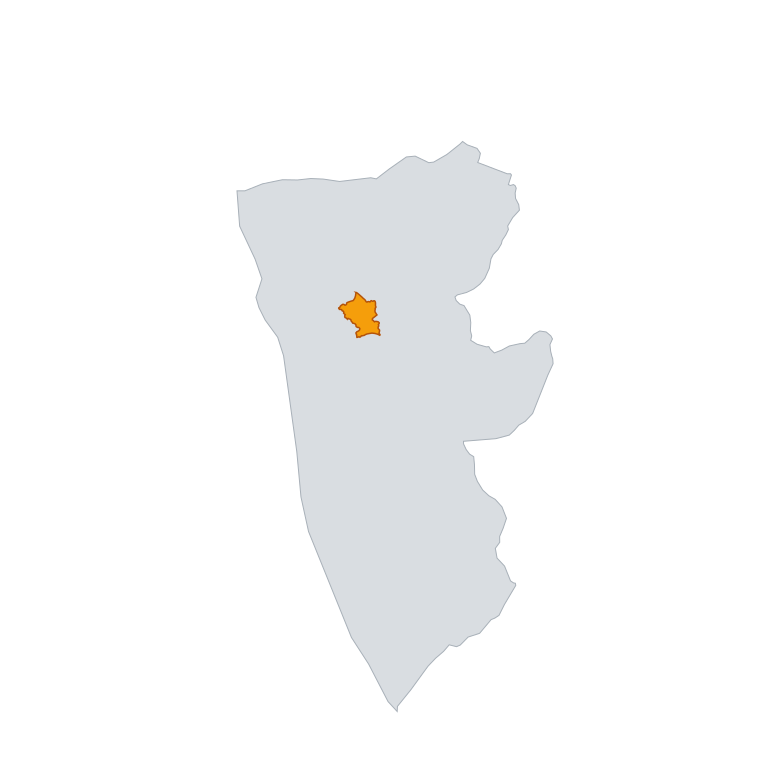 location of Salala, Bong, Liberia, rotated 40°
{"feature_id": "62588387B82841165757499", "entity_name": "Salala", "entity_type": "district", "adm_level": 2, "iso_a3": "LBR", "parent_name": "Liberia", "parent_adm1": "Bong", "projection": "orthographic", "projection_center": [-9.988, 6.775], "detail": "fine", "context": "in_parent", "style": "filled", "palette": "amber", "viewbox_px": 768, "rotation_deg": 40, "n_neighbors": 0, "source": "geoboundaries", "source_scale": "gbopen_adm2", "svg_char_len": 5140}
<svg xmlns="http://www.w3.org/2000/svg" viewBox="0 0 768 768"><g transform="rotate(40 384 384)"><path d="M147.2,330.5L153.3,325.4L162.3,308.7L174.9,292.8L186.6,283.3L195.9,273.6L205.7,266.1L219.8,257.4L241.3,234.5L246.3,231.8L249.8,215.9L255.2,195.7L261.4,189.4L276.0,185.7L279.4,182.1L284.6,167.9L288.0,151.3L288.3,147.7L294.0,147.3L303.8,143.7L309.5,145.3L312.1,150.1L313.4,154.1L343.2,143.8L345.8,141.6L347.3,142.0L351.1,151.3L353.2,150.7L355.0,148.0L357.0,147.8L359.4,149.0L361.7,153.4L365.5,157.3L371.9,160.0L376.0,163.8L375.6,173.8L377.2,183.5L380.0,185.7L381.5,191.5L382.2,197.9L383.8,201.2L384.9,207.6L384.4,214.5L385.5,219.4L390.3,227.7L393.3,238.3L393.3,245.7L391.6,253.6L388.4,260.8L382.9,268.6L382.4,271.7L385.7,273.7L390.7,274.1L394.9,272.5L405.5,276.1L411.0,281.2L415.9,287.6L420.3,290.8L422.3,294.8L429.8,293.7L438.5,289.8L440.3,288.0L442.9,288.9L448.5,289.3L452.4,282.4L455.6,274.3L462.3,265.6L465.6,262.3L466.5,256.7L466.8,249.6L469.2,243.3L474.8,239.9L480.8,239.9L484.1,241.2L485.8,247.2L490.6,251.8L494.8,254.9L497.0,256.2L500.5,259.8L503.8,271.9L516.8,311.0L516.2,321.8L513.7,328.9L513.6,335.8L512.8,342.6L504.9,353.9L481.7,376.8L483.5,378.8L489.1,381.4L494.7,382.7L499.4,382.0L505.2,387.7L511.5,394.9L518.2,398.6L527.8,401.8L536.2,402.2L543.4,400.9L553.4,402.3L564.2,408.2L568.0,418.0L570.6,426.5L574.4,430.9L574.9,438.3L582.5,444.7L593.4,446.0L607.5,453.5L611.1,453.1L612.7,452.2L614.4,453.6L618.0,475.6L620.8,487.3L619.4,492.0L617.5,495.7L617.5,513.5L611.1,523.8L610.2,535.0L608.4,538.6L601.6,541.9L601.5,550.5L599.8,560.9L599.1,571.9L601.1,600.8L601.5,622.3L604.6,626.4L591.3,624.7L552.2,608.4L522.0,599.1L421.0,545.5L393.0,523.9L360.6,491.8L288.9,426.9L272.5,416.5L251.9,411.4L239.2,405.9L230.2,399.9L222.9,381.9L205.0,371.2L172.0,355.9L147.2,330.5Z" fill="#d9dde1" stroke="#a8b0b8" stroke-width="1"/><path d="M349.4,349.4L349.4,348.9L349.1,348.8L348.5,348.5L347.7,348.4L347.4,348.0L347.1,347.4L347.0,347.2L346.8,346.8L346.6,346.4L346.0,345.6L345.1,345.4L344.4,345.3L343.9,345.3L343.5,344.8L343.0,344.3L342.9,344.2L342.8,343.9L342.7,343.0L342.7,342.9L341.4,342.0L341.4,341.9L341.5,341.0L341.2,340.4L340.8,340.1L339.6,340.1L338.9,340.4L337.9,341.0L337.5,341.3L336.9,341.9L336.7,342.5L335.9,342.4L335.6,342.4L335.1,342.3L334.4,342.3L334.2,342.3L333.9,342.4L333.7,342.1L333.5,341.9L333.2,341.6L333.2,341.1L333.2,340.3L333.4,339.6L333.6,338.8L333.8,337.8L334.2,335.6L332.5,335.1L332.3,335.0L331.4,334.7L331.0,334.6L330.0,333.8L329.6,333.0L329.2,332.4L329.0,332.2L328.9,332.1L328.5,331.6L328.6,331.0L328.6,330.9L328.6,330.7L328.1,330.0L327.4,329.7L326.8,329.1L325.5,327.5L324.7,326.8L324.6,326.7L323.9,326.4L323.5,326.4L323.2,326.4L322.7,326.8L322.5,327.5L322.2,327.9L322.0,328.0L321.4,328.1L320.8,328.3L320.6,328.4L320.5,329.1L320.6,329.7L320.4,330.2L319.7,330.5L318.9,331.0L318.7,331.3L318.6,331.5L318.5,331.9L318.3,332.1L317.9,332.4L317.4,332.4L316.6,332.2L316.1,331.9L314.9,331.7L312.4,331.7L311.7,331.6L307.8,331.5L306.1,331.5L305.7,331.5L304.2,331.6L303.7,331.9L303.8,331.9L304.9,333.9L305.1,334.1L305.4,334.6L306.4,336.9L306.7,338.9L306.7,339.5L306.7,340.0L305.7,341.4L305.3,342.0L304.7,343.0L304.5,343.3L304.4,343.5L303.4,345.3L303.4,346.1L304.0,346.8L304.0,347.3L304.0,347.8L303.5,348.7L302.1,348.8L301.9,348.9L301.4,349.3L301.0,349.8L301.0,350.2L300.9,350.4L300.7,351.4L300.6,351.5L300.6,352.0L300.6,352.3L300.5,352.6L300.6,352.8L300.7,353.2L300.8,353.3L300.9,354.0L300.6,354.4L300.5,354.6L300.4,354.8L300.6,355.1L301.3,355.3L301.9,355.5L302.2,355.2L302.5,355.0L303.7,354.3L303.8,354.4L304.4,354.6L304.7,354.7L304.9,354.8L305.1,354.7L305.3,354.7L305.7,354.5L305.8,354.4L306.3,354.6L306.6,354.6L307.1,354.8L307.2,355.0L307.3,355.2L307.5,355.7L308.6,355.8L308.8,355.8L309.1,355.8L309.4,355.8L309.6,355.8L309.6,356.1L309.8,356.5L310.0,356.6L310.1,356.8L310.2,357.1L310.3,357.1L310.4,357.3L310.5,357.4L310.8,357.7L311.3,358.1L311.5,358.1L312.1,357.9L312.3,357.8L312.6,357.8L312.8,357.8L313.0,357.8L313.4,357.9L313.8,357.9L314.1,357.5L314.2,357.2L314.3,357.3L314.3,357.2L314.5,357.0L314.8,356.9L315.0,356.8L315.2,356.7L315.6,356.5L315.7,356.4L315.9,356.3L316.1,356.2L316.6,356.1L317.4,356.1L318.2,356.8L319.0,357.0L319.7,357.1L320.0,357.1L320.8,357.5L321.8,357.0L323.2,356.5L323.3,356.5L323.7,356.6L324.4,356.7L324.9,357.2L325.1,357.4L325.6,357.8L325.8,357.9L326.2,357.9L327.4,357.6L327.5,357.6L328.4,356.9L328.5,356.9L328.8,356.9L329.2,356.9L329.3,356.9L329.6,357.0L329.8,357.1L330.0,357.2L330.1,357.3L330.2,357.6L330.3,357.8L330.3,358.0L330.5,358.3L330.6,358.6L330.3,360.0L330.0,360.5L329.9,360.9L329.7,361.2L329.6,361.4L329.6,361.5L329.7,363.0L329.9,363.1L330.0,363.1L330.3,363.3L331.1,363.8L331.4,363.9L331.4,364.0L331.5,364.0L331.8,364.3L332.1,364.6L332.3,364.7L332.3,364.8L332.5,365.0L333.1,365.6L333.3,365.7L333.7,365.3L334.3,364.2L334.4,363.9L335.2,363.7L335.4,363.7L335.6,363.3L335.7,362.8L335.6,362.7L335.7,362.2L335.7,361.7L335.8,361.5L336.0,361.4L336.0,361.2L336.5,360.9L337.2,359.9L337.6,359.5L337.7,359.0L338.1,358.0L338.6,356.9L340.2,354.9L340.9,354.1L341.3,353.6L342.0,352.8L343.8,351.6L344.6,351.1L344.8,351.0L347.0,350.0L349.4,349.4Z" fill="#f59e0b" stroke="#b45309" stroke-width="1.5"/></g></svg>